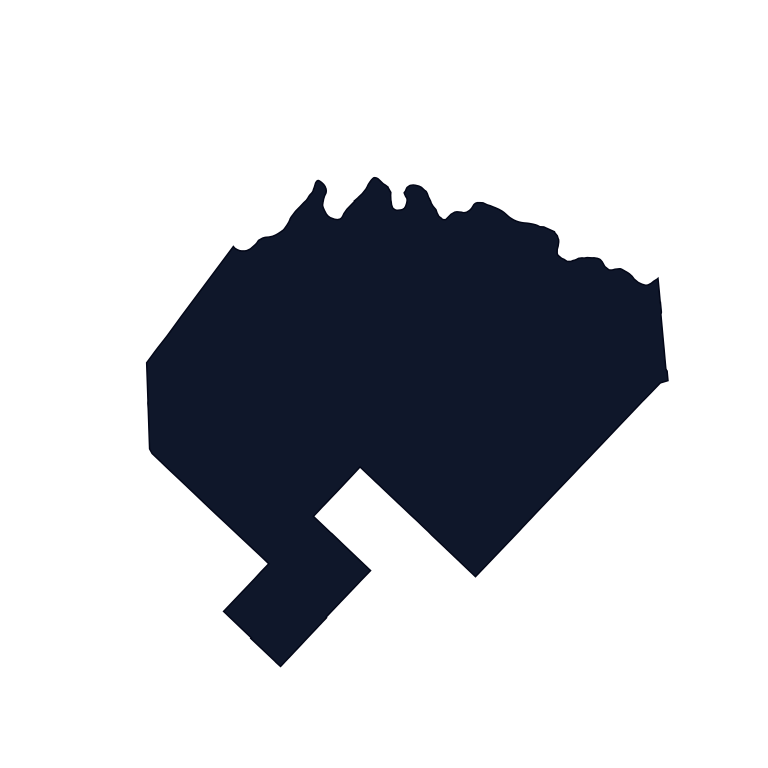 the district of Norwood Payneham and St Peters, South Australia, Australia, rotated 47°
{"feature_id": "25037944B5908676794620", "entity_name": "Norwood Payneham and St Peters", "entity_type": "district", "adm_level": 2, "iso_a3": "AUS", "parent_name": "Australia", "parent_adm1": "South Australia", "projection": "orthographic", "projection_center": [138.63, -34.908], "detail": "fine", "context": "isolated", "style": "filled", "palette": "ink", "viewbox_px": 768, "rotation_deg": 47, "n_neighbors": 0, "source": "geoboundaries", "source_scale": "gbopen_adm2", "svg_char_len": 6086}
<svg xmlns="http://www.w3.org/2000/svg" viewBox="0 0 768 768"><g transform="rotate(47 384 384)"><path d="M276.7,601.0L284.7,600.5L297.1,599.8L301.9,599.5L317.0,598.5L336.7,597.3L349.1,596.6L357.2,596.1L365.1,595.6L377.8,594.7L397.6,593.4L427.1,591.4L436.9,590.9L437.5,602.5L438.3,612.0L438.4,614.0L440.9,656.4L466.6,654.9L478.4,654.2L479.2,654.1L479.2,654.9L490.2,654.2L504.2,653.3L512.0,652.8L513.0,652.8L514.0,652.8L520.0,652.3L519.9,650.1L519.5,644.8L519.5,643.9L519.4,643.0L519.0,635.7L518.9,634.4L518.8,633.1L518.1,621.9L517.9,619.4L517.9,618.8L517.8,618.3L517.1,607.3L517.0,605.6L516.6,599.1L516.4,596.8L516.2,593.0L516.1,592.0L515.8,586.4L515.7,585.4L515.0,585.4L514.5,577.1L513.7,564.1L513.1,553.3L512.2,538.2L512.0,535.4L511.3,521.1L491.2,522.3L472.8,523.4L457.8,524.2L456.3,524.5L446.0,525.1L432.7,525.9L432.6,524.8L432.2,518.3L431.8,512.9L431.6,508.4L431.1,500.5L430.6,491.5L429.9,480.7L428.8,464.4L428.3,458.1L439.9,457.4L444.0,457.1L449.9,456.8L453.6,456.5L460.1,456.1L463.7,455.9L470.2,455.5L474.7,455.2L480.1,454.9L486.8,454.4L490.2,454.2L497.4,453.8L508.1,453.0L512.5,452.8L517.7,452.5L521.9,452.2L527.1,452.1L536.7,451.5L543.1,451.1L548.4,450.8L575.3,449.2L587.3,448.5L585.7,420.9L583.6,384.4L583.3,381.2L582.9,374.6L582.8,373.8L582.5,367.8L582.0,360.7L580.9,342.2L580.7,338.9L579.4,316.1L578.9,306.9L578.2,296.3L577.8,289.0L577.7,286.4L577.1,276.6L576.7,269.4L575.3,246.6L574.7,236.6L573.7,219.6L573.3,212.9L572.9,206.7L572.9,205.2L572.3,192.9L571.7,182.0L571.7,181.1L575.2,174.0L567.6,168.1L566.6,168.0L565.1,167.5L557.1,161.3L548.4,154.5L545.9,152.6L538.8,147.1L531.7,141.6L521.9,134.0L520.7,132.2L513.0,126.3L512.9,126.5L504.3,119.8L495.6,113.1L493.6,111.6L493.6,112.6L492.8,116.6L492.6,119.8L491.7,123.2L490.9,124.5L490.0,125.5L486.9,127.3L483.2,128.8L477.9,129.5L474.4,129.1L470.9,129.4L469.0,129.8L462.5,131.8L461.1,132.4L460.4,133.1L457.6,136.8L456.3,139.3L454.5,141.3L453.6,141.7L448.9,142.4L447.8,142.2L443.4,141.1L440.6,141.0L439.5,141.3L437.7,142.2L435.0,144.3L433.6,145.9L430.1,149.2L428.4,151.8L426.8,153.2L424.8,156.0L424.1,158.6L423.4,160.3L422.8,161.2L422.5,161.8L421.9,163.6L419.2,166.5L415.7,167.3L413.2,168.4L409.0,168.9L407.6,168.8L406.3,168.0L403.7,165.5L401.9,162.6L399.4,159.5L399.1,159.2L397.6,157.9L396.7,157.6L393.8,156.2L389.8,155.9L388.9,155.5L380.8,158.9L380.7,159.0L379.6,159.4L378.3,159.9L377.7,160.4L376.0,162.1L375.2,162.8L374.1,163.2L372.7,163.7L371.1,164.5L368.6,166.1L365.5,168.4L363.8,169.8L361.4,172.0L359.6,173.4L357.4,174.9L355.2,176.1L352.4,177.3L349.9,178.0L348.0,178.5L345.6,178.8L343.2,179.0L340.3,179.3L337.9,179.8L334.5,180.9L330.8,182.5L329.4,183.2L326.1,184.7L323.4,186.3L319.1,188.0L317.2,189.8L315.0,192.1L314.2,193.9L314.1,195.8L315.3,200.2L315.4,203.1L314.7,206.5L313.3,208.7L312.5,209.4L311.3,210.1L307.8,213.2L306.6,215.0L305.6,219.2L305.9,226.6L305.5,227.3L304.0,228.7L303.3,229.0L301.1,229.1L299.6,229.5L298.5,229.5L295.0,228.5L291.9,227.1L287.5,226.9L284.1,226.2L282.2,225.3L279.6,224.5L277.7,224.0L274.3,222.5L272.2,221.9L271.2,221.9L270.4,222.2L265.7,222.5L263.1,223.5L260.2,225.4L258.4,226.9L256.7,229.3L256.4,230.0L256.0,233.1L256.4,234.3L257.6,237.0L257.8,238.7L258.4,239.1L261.5,240.2L263.8,240.6L264.8,241.3L265.8,242.2L267.2,244.1L268.8,247.0L269.4,249.3L269.0,251.5L268.3,252.8L266.3,255.5L265.3,256.5L264.1,257.1L262.3,257.5L261.5,257.6L260.4,257.3L258.0,256.2L255.8,254.6L254.1,253.5L250.5,250.4L248.5,248.3L246.2,247.8L244.1,247.3L242.9,247.2L242.8,246.8L239.6,247.3L237.1,248.0L235.5,248.1L233.2,248.2L231.6,248.3L230.0,248.4L228.4,248.9L227.5,249.5L226.7,250.1L226.2,250.9L226.1,252.1L226.2,254.1L226.7,256.7L227.4,259.5L228.3,261.7L229.1,264.2L229.5,266.8L229.8,268.8L230.0,270.3L230.0,272.5L230.0,275.2L230.1,276.0L230.0,278.9L229.9,280.8L230.5,280.8L230.4,282.0L230.9,291.9L232.0,297.0L233.1,299.7L233.6,301.6L233.5,303.5L232.1,305.9L229.8,307.8L225.6,309.9L223.1,310.4L220.4,310.3L216.4,309.2L213.6,308.2L211.8,307.3L211.4,306.9L211.2,306.8L210.7,306.2L210.3,305.7L210.1,305.5L210.0,305.3L209.8,305.1L209.6,304.8L209.4,304.6L209.2,304.4L209.1,304.1L208.8,303.8L208.7,303.6L208.5,303.3L208.3,303.0L208.1,302.8L207.6,302.1L207.4,301.8L207.3,301.6L207.2,301.5L207.0,301.1L206.9,300.9L206.5,300.3L206.5,300.2L206.3,299.9L206.2,299.7L206.0,299.4L205.6,298.4L205.4,297.9L205.2,297.3L205.1,297.1L204.9,296.5L204.8,296.3L204.6,296.0L204.3,295.6L204.1,295.3L204.0,295.2L203.8,295.0L203.3,294.4L203.1,294.3L202.4,293.8L201.9,293.4L201.7,293.3L201.5,293.2L201.3,293.2L201.1,293.1L200.4,292.8L200.0,292.6L199.7,292.5L198.8,292.3L198.0,292.1L197.0,292.1L196.7,292.0L196.4,292.0L196.2,292.1L195.6,292.1L195.4,292.1L194.8,292.1L194.6,292.2L194.3,292.2L193.3,292.3L192.6,292.5L191.9,292.6L191.6,292.7L191.1,292.9L190.8,293.0L190.6,293.1L190.3,293.3L190.2,293.5L190.0,293.8L189.9,294.2L189.9,294.3L189.8,294.7L190.0,295.7L190.0,295.8L190.1,296.1L190.2,296.5L190.3,296.7L190.3,296.8L190.4,297.1L190.8,297.7L190.9,297.9L191.1,298.2L191.3,298.6L191.6,299.1L192.1,299.9L193.3,302.2L193.4,302.5L193.8,303.2L194.1,303.7L194.5,304.4L194.6,304.6L194.7,304.9L194.8,305.5L195.0,306.2L195.0,306.6L195.1,307.0L195.1,307.3L195.1,308.4L195.2,308.9L195.2,309.3L195.3,310.0L195.6,311.1L195.7,311.5L195.9,312.2L196.1,312.7L196.2,313.1L196.7,315.5L196.7,319.0L197.0,323.5L197.1,325.0L197.1,325.7L197.3,330.3L197.5,331.9L197.8,333.5L198.1,335.1L198.3,336.5L198.4,337.0L198.5,337.3L198.6,338.1L198.9,339.0L199.2,340.0L199.8,341.0L199.9,341.3L200.4,342.5L200.7,343.2L201.2,345.0L201.6,346.4L201.7,346.8L202.3,349.7L202.6,351.3L202.7,352.0L202.7,352.4L202.7,353.0L202.6,353.7L202.5,354.3L202.4,355.4L202.0,357.7L201.8,358.9L201.3,361.0L201.0,362.0L200.6,363.1L200.2,364.2L199.9,364.9L199.3,365.9L198.1,367.9L196.1,370.4L195.5,371.3L194.5,373.3L193.4,377.8L194.1,380.7L194.3,382.7L194.1,389.5L193.3,392.1L192.8,393.5L191.8,395.0L189.7,397.3L188.1,398.6L185.5,399.8L182.9,400.5L180.7,400.4L180.9,401.4L182.1,407.9L196.3,486.1L198.2,495.8L201.0,510.4L202.0,516.8L203.0,523.3L204.1,529.7L205.3,536.0L206.6,543.1L235.0,567.8L237.1,569.9L241.3,573.3L271.6,599.7L276.7,601.0Z" fill="#0f172a" stroke="#020617" stroke-width="1.5"/></g></svg>